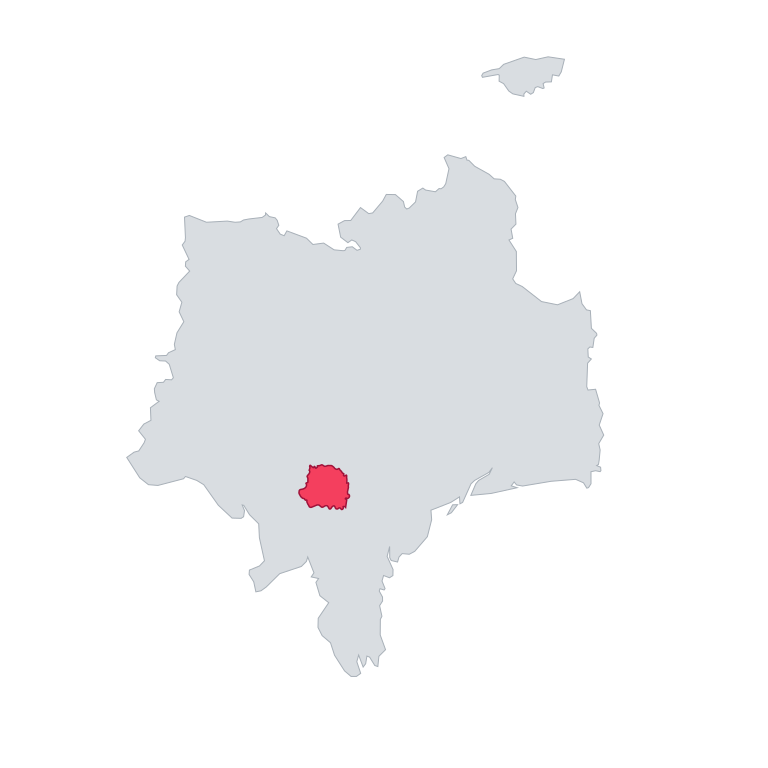 France, with Sarthe highlighted, rotated 253°
{"feature_id": "FRA-5340", "entity_name": "Sarthe", "entity_type": "Metropolitan department", "adm_level": 1, "iso_a3": "FRA", "parent_name": "France", "parent_adm1": "", "projection": "mercator", "projection_center": [0.286, 48.027], "detail": "fine", "context": "in_parent", "style": "filled", "palette": "rose", "viewbox_px": 768, "rotation_deg": 253, "n_neighbors": 0, "source": "natural_earth", "source_scale": "10m", "svg_char_len": 6487}
<svg xmlns="http://www.w3.org/2000/svg" viewBox="0 0 768 768"><g transform="rotate(253 384 384)"><path d="M582.2,320.8L577.6,323.3L574.7,328.5L571.8,329.7L566.5,329.8L564.0,326.6L557.6,328.6L555.0,331.9L558.8,335.9L546.1,352.5L538.2,356.8L536.4,367.5L526.9,375.5L523.4,383.9L523.1,385.6L525.5,388.3L524.5,393.8L519.7,397.3L519.8,400.8L521.1,401.3L528.4,398.5L531.2,395.3L529.7,390.8L537.1,385.5L550.3,386.8L551.8,394.0L550.1,400.0L559.6,413.1L551.4,419.2L550.9,423.2L559.3,436.2L564.6,441.6L561.8,450.3L552.8,455.9L547.1,455.5L544.7,456.9L544.9,459.6L548.9,467.4L558.5,472.5L560.0,478.4L557.3,480.5L552.8,489.4L554.8,493.8L554.0,495.7L555.0,498.7L557.5,501.6L570.9,509.1L583.0,507.7L584.5,512.0L577.1,523.5L577.5,528.7L573.8,528.8L573.1,530.5L565.7,534.4L553.7,545.9L548.0,549.3L545.8,555.1L542.5,558.4L525.2,565.0L522.0,563.5L513.6,563.7L508.4,559.5L498.3,556.9L495.0,550.8L485.7,549.7L485.2,545.6L472.0,549.3L453.5,543.8L446.9,537.8L441.6,539.4L436.8,544.7L416.8,558.7L409.0,573.1L410.4,589.9L415.0,598.1L402.9,596.8L395.7,599.3L393.8,602.8L376.6,598.6L370.3,602.1L368.5,601.9L366.3,598.4L357.9,594.4L359.2,591.7L358.0,589.2L350.1,587.2L347.3,589.6L344.4,584.8L322.2,577.1L318.6,577.3L317.1,584.8L302.8,584.6L300.8,583.3L291.6,584.8L281.8,577.8L270.9,579.2L264.2,571.9L257.7,571.4L248.5,567.6L244.4,565.6L243.8,563.5L241.1,566.8L237.7,566.1L237.0,565.0L239.2,561.0L239.6,556.3L228.1,552.8L225.1,549.3L225.1,547.5L231.2,545.9L236.8,539.4L242.1,515.4L245.9,486.7L248.7,481.3L252.3,479.8L249.4,475.9L245.9,481.0L248.0,454.5L252.1,434.5L261.8,442.7L264.1,446.3L266.9,458.2L272.3,463.2L268.8,458.4L265.3,442.5L263.1,438.0L247.8,424.6L247.2,421.6L254.0,423.2L251.2,413.1L249.6,392.0L240.3,389.9L225.3,380.8L215.0,364.5L213.8,358.4L216.5,351.8L214.1,347.7L209.8,344.9L213.1,339.3L216.2,338.7L227.0,341.9L218.2,336.6L203.9,338.4L198.2,336.5L197.1,332.6L201.0,327.6L196.2,324.5L188.0,325.2L187.0,323.9L189.4,320.3L187.4,318.9L180.7,320.3L176.9,319.2L173.3,315.0L162.5,314.1L160.0,311.7L145.1,307.0L129.5,307.8L125.1,299.5L115.6,295.5L117.5,292.9L127.0,290.4L128.8,288.1L121.9,284.7L119.4,281.3L132.2,280.5L126.4,276.8L114.1,277.1L112.4,272.1L114.0,267.0L121.2,262.4L139.1,257.4L152.2,257.2L161.4,251.3L170.5,249.7L179.2,252.6L191.0,267.2L200.3,260.8L214.2,260.9L217.1,264.6L220.8,258.0L223.9,261.8L240.9,260.5L237.0,257.9L233.7,251.7L233.1,228.8L224.3,212.0L222.2,205.9L222.7,200.7L232.9,201.6L241.3,199.3L245.4,200.9L246.4,211.7L249.9,218.0L273.4,219.9L286.9,223.3L298.3,217.2L309.0,214.4L309.8,213.0L303.7,213.6L298.1,210.9L297.3,208.1L300.2,199.5L316.5,190.1L340.4,182.2L346.5,176.8L353.6,167.1L352.0,164.6L353.1,138.1L356.6,129.3L365.7,123.0L389.0,116.5L391.9,125.1L391.7,129.9L397.9,137.4L400.9,139.7L411.0,135.7L415.9,142.6L417.4,150.5L429.6,153.7L433.2,163.9L435.4,161.7L443.0,162.2L446.6,163.0L451.6,167.5L450.1,173.6L452.2,176.5L450.1,182.1L451.6,184.4L465.6,184.4L469.8,181.9L471.8,176.3L476.0,173.0L477.6,174.0L474.9,184.4L476.9,187.1L477.9,194.5L483.2,195.1L493.5,201.0L502.1,210.8L512.9,209.2L521.3,214.6L530.0,211.8L538.2,214.8L541.1,217.6L548.8,231.2L554.7,228.5L558.8,230.1L560.2,234.0L575.9,231.7L578.7,235.5L582.0,236.9L601.9,242.0L602.1,247.1L590.6,261.5L585.6,281.8L582.2,288.9L581.0,294.1L581.9,297.6L581.3,303.1L578.9,316.2L580.2,320.0L582.2,320.8ZM652.9,578.8L651.9,586.4L654.7,591.9L655.6,613.6L649.9,624.0L648.9,636.6L641.8,651.5L630.7,644.8L627.4,641.2L630.4,635.5L624.0,632.4L625.5,626.8L624.8,624.0L620.3,623.7L620.1,622.3L623.4,618.0L623.3,615.3L619.0,612.0L618.2,609.0L622.4,605.7L620.5,602.6L618.2,601.9L623.8,592.0L627.7,589.0L636.3,586.2L639.9,582.6L645.6,584.5L646.6,583.6L648.5,567.8L650.4,567.6L652.3,569.7L652.9,578.8ZM248.4,414.3L247.1,419.1L241.2,410.8L240.4,406.3L248.4,414.3Z" fill="#d9dde1" stroke="#a8b0b8" stroke-width="1"/><path d="M277.2,311.2L278.0,310.8L278.6,310.1L278.7,309.1L277.3,308.8L276.7,308.4L276.3,307.6L276.3,306.9L276.9,306.4L278.1,305.8L278.4,305.6L278.5,305.4L278.6,305.0L278.6,304.6L278.5,304.2L278.2,303.6L278.1,303.2L278.2,302.5L278.5,301.9L278.9,301.5L279.4,301.3L281.2,301.1L281.8,300.9L282.2,300.3L282.1,299.5L281.9,298.8L281.5,298.1L280.5,296.9L280.2,296.3L280.3,295.5L280.5,295.3L280.7,295.1L283.4,294.5L284.1,294.1L284.4,293.6L284.6,293.0L284.7,292.3L284.6,291.5L284.2,290.2L284.2,289.5L284.2,288.8L284.4,288.5L284.6,288.2L287.3,286.4L287.9,284.7L287.3,278.6L287.5,277.7L287.9,277.1L288.4,276.7L290.6,276.3L291.1,276.1L293.4,275.8L293.8,275.8L294.3,275.9L294.9,276.2L295.5,276.2L295.7,275.9L295.8,275.2L295.9,274.9L296.2,274.7L296.4,274.6L296.6,274.5L296.9,274.5L297.3,274.4L297.5,274.3L297.7,274.0L298.0,273.7L298.3,273.1L298.6,272.7L298.9,272.4L299.4,272.3L299.8,272.0L300.5,271.5L303.8,270.8L304.3,270.8L304.9,270.9L306.5,271.6L307.0,271.9L307.2,272.2L307.4,272.7L307.5,273.1L307.5,273.6L307.3,275.1L307.3,276.7L307.5,277.5L307.7,278.1L308.0,278.8L308.4,279.3L308.9,279.8L310.0,280.4L310.7,280.5L311.2,280.4L311.6,280.3L311.9,280.4L312.1,280.9L312.1,281.3L312.1,281.7L312.1,282.2L312.2,282.3L312.7,282.6L315.9,283.6L317.4,283.6L317.5,283.5L317.6,283.4L318.0,283.4L318.5,283.7L319.1,284.5L319.9,285.8L320.3,286.3L320.7,286.7L321.6,287.3L322.4,287.5L323.4,287.2L325.3,288.6L325.7,288.7L326.9,288.8L327.2,288.9L327.5,289.1L327.8,289.4L327.8,289.7L327.4,290.1L326.7,290.4L325.3,291.4L324.9,291.7L324.7,291.9L324.7,292.4L325.0,292.7L325.3,292.9L325.5,293.1L325.5,293.4L325.1,293.7L324.8,293.8L324.0,293.8L323.7,293.9L323.4,294.2L323.4,294.7L323.6,295.1L323.8,295.5L323.9,295.8L324.1,296.1L324.3,296.2L325.0,296.2L325.2,296.5L325.1,297.1L324.8,298.3L324.8,299.0L324.8,299.6L325.0,300.3L324.9,300.8L324.6,301.4L323.7,302.2L323.2,302.6L322.7,303.0L322.5,303.6L322.4,304.1L322.4,304.6L322.4,305.0L322.4,305.4L322.5,305.9L322.4,306.3L322.4,306.7L321.4,309.8L321.0,310.3L320.5,310.7L319.4,311.5L318.6,311.9L318.1,312.0L317.3,312.5L316.4,313.4L316.0,314.6L316.3,315.3L316.4,315.8L316.4,316.1L316.2,316.4L315.9,316.5L315.3,316.6L314.8,316.7L312.8,317.8L311.3,318.1L310.7,318.5L310.4,318.8L310.3,319.1L310.0,319.3L309.5,319.2L308.6,318.6L308.2,318.6L307.7,319.0L307.6,319.4L307.6,319.8L307.7,320.1L307.8,320.8L307.9,321.2L307.8,321.4L307.2,321.5L305.1,320.8L304.0,320.7L302.3,320.2L300.2,319.4L299.8,321.0L298.9,321.0L296.9,320.0L295.6,319.8L291.5,317.5L289.5,317.1L289.2,317.2L288.6,318.1L287.7,318.4L286.7,318.2L285.8,317.5L285.3,316.5L285.2,315.9L285.2,315.6L285.2,315.2L285.4,315.0L286.0,314.5L286.1,314.4L285.8,313.6L285.4,313.5L284.4,314.3L283.9,314.4L277.2,311.2Z" fill="#f43f5e" stroke="#9f1239" stroke-width="1.5"/></g></svg>